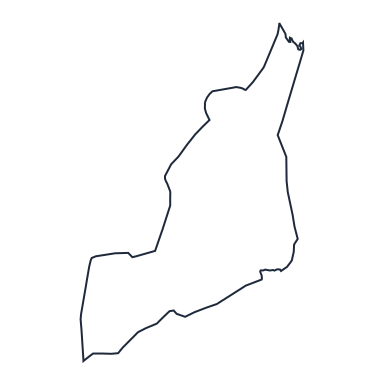 outline of Baruten, Kwara, Nigeria
{"feature_id": "59680162B46396512293260", "entity_name": "Baruten", "entity_type": "district", "adm_level": 2, "iso_a3": "NGA", "parent_name": "Nigeria", "parent_adm1": "Kwara", "projection": "orthographic", "projection_center": [3.396, 9.366], "detail": "fine", "context": "isolated", "style": "outline", "palette": "slate", "viewbox_px": 384, "rotation_deg": 0, "n_neighbors": 0, "source": "geoboundaries", "source_scale": "gbopen_adm2", "svg_char_len": 1780}
<svg xmlns="http://www.w3.org/2000/svg" viewBox="0 0 384 384"><path d="M83.4,361.0L89.5,356.2L93.1,353.5L95.1,353.5L101.3,353.5L111.3,353.8L118.1,353.2L120.4,350.4L122.7,347.6L123.9,346.4L136.1,334.1L138.0,332.2L145.8,328.2L156.8,323.6L162.7,317.7L169.5,311.2L173.7,310.5L176.6,313.8L185.1,316.8L194.5,312.2L195.0,312.0L206.5,307.6L216.9,304.0L222.8,300.2L223.5,299.8L245.8,285.6L261.7,279.5L261.9,278.1L261.6,275.3L260.5,272.6L260.2,271.3L260.7,270.4L263.3,270.4L265.3,269.6L269.8,270.5L273.1,270.0L274.4,270.6L277.2,269.3L280.0,269.5L281.0,271.0L287.1,266.8L290.4,262.5L291.9,260.2L292.5,257.3L293.8,251.7L293.8,250.5L294.1,244.5L297.7,238.9L294.5,226.5L292.6,214.8L287.8,192.3L286.6,181.1L286.3,156.9L277.7,135.1L282.5,120.9L286.7,106.5L303.4,50.5L303.0,42.4L302.4,43.2L300.4,43.2L299.4,45.3L300.4,46.7L301.1,48.3L301.1,49.2L300.2,49.8L298.4,49.4L297.8,47.8L297.6,46.4L296.5,45.0L295.6,43.9L294.7,43.0L293.2,41.9L292.2,40.0L291.6,38.5L289.9,37.7L289.8,39.4L290.2,40.5L290.3,41.9L289.0,41.9L285.8,37.4L285.6,34.8L285.2,33.4L284.5,32.2L279.2,23.0L279.3,24.2L278.3,30.8L277.5,34.4L273.8,43.2L273.8,43.3L264.9,64.6L264.1,66.5L263.5,67.6L262.9,68.5L252.9,82.1L245.8,89.9L244.9,89.8L243.1,88.7L240.9,87.9L237.1,87.2L235.6,87.1L234.5,87.4L212.4,91.3L209.5,94.1L207.0,97.6L205.4,101.2L204.9,103.4L205.0,104.8L204.9,105.9L204.9,108.7L206.2,113.2L209.5,120.0L202.8,126.5L195.3,134.3L188.8,142.5L186.9,144.9L178.4,156.7L171.2,164.2L165.0,176.0L165.0,178.5L165.7,180.7L167.2,183.6L168.8,187.7L170.0,190.9L170.3,192.1L170.2,197.7L170.2,205.6L162.6,229.2L155.1,250.9L136.1,256.3L132.4,257.2L128.2,252.9L115.0,253.3L95.8,256.3L91.7,258.0L90.6,260.8L89.2,266.6L87.0,279.4L85.6,287.8L81.1,313.9L80.6,319.2L81.5,330.1L83.4,359.5L83.4,361.0Z" fill="none" stroke="#1e293b" stroke-width="2"/></svg>